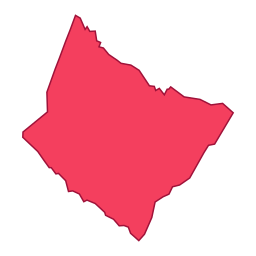 Laurens, South Carolina, United States of America (Natural Earth projection)
{"feature_id": "52423323B54800472139978", "entity_name": "Laurens", "entity_type": "district", "adm_level": 2, "iso_a3": "USA", "parent_name": "United States of America", "parent_adm1": "South Carolina", "projection": "natural_earth1", "projection_center": [-82.015, 34.494], "detail": "fine", "context": "isolated", "style": "filled", "palette": "rose", "viewbox_px": 256, "rotation_deg": 0, "n_neighbors": 0, "source": "geoboundaries", "source_scale": "gbopen_adm2", "svg_char_len": 900}
<svg xmlns="http://www.w3.org/2000/svg" viewBox="0 0 256 256"><path d="M23.0,132.0L22.8,137.3L37.8,151.5L44.2,160.7L49.2,167.6L51.3,167.7L55.9,173.9L58.5,173.4L65.7,180.7L68.5,191.5L72.7,190.9L79.4,194.0L83.8,201.7L87.0,200.1L95.2,203.5L104.7,212.3L105.6,215.3L113.5,219.2L119.2,225.8L124.0,225.5L128.3,227.1L130.6,233.3L138.8,240.6L144.5,234.2L151.8,217.5L155.1,202.0L163.0,196.8L169.0,194.1L172.5,186.8L179.6,185.0L189.7,178.0L203.9,152.7L208.5,145.3L214.6,144.1L233.2,112.8L222.6,103.4L211.0,104.9L200.0,99.4L184.1,96.9L170.7,86.9L168.7,89.2L167.2,89.2L164.3,94.8L159.3,88.4L155.7,90.5L154.3,86.4L149.4,85.8L139.1,70.3L130.9,65.1L121.0,63.3L117.6,60.6L108.7,54.5L103.4,48.0L99.0,46.8L100.6,42.5L96.7,40.8L95.2,31.1L89.8,31.4L87.1,26.7L85.1,29.4L80.2,18.1L75.5,15.4L70.2,29.8L65.7,41.2L59.7,57.4L55.2,69.0L46.9,92.2L47.5,111.9L23.0,132.0Z" fill="#f43f5e" stroke="#9f1239" stroke-width="1.5"/></svg>